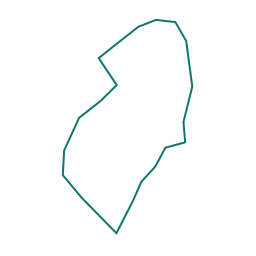 outline of Motides, Cyprus, rotated 80°
{"feature_id": "46923920B57620727838735", "entity_name": "Motides", "entity_type": "district", "adm_level": 2, "iso_a3": "CYP", "parent_name": "Cyprus", "parent_adm1": "", "projection": "albers", "projection_center": [33.21, 35.331], "detail": "fine", "context": "isolated", "style": "outline", "palette": "teal", "viewbox_px": 256, "rotation_deg": 80, "n_neighbors": 0, "source": "geoboundaries", "source_scale": "gbopen_adm2", "svg_char_len": 400}
<svg xmlns="http://www.w3.org/2000/svg" viewBox="0 0 256 256"><g transform="rotate(80 128 128)"><path d="M54.1,144.7L83.7,131.7L96.6,150.3L109.5,174.4L139.1,194.8L163.1,200.4L189.0,185.5L229.6,157.7L200.1,135.4L183.4,124.3L170.5,107.6L153.9,94.6L152.0,74.2L131.7,72.3L98.4,57.5L52.3,55.6L31.9,63.0L26.4,81.6L30.1,100.2L43.0,124.3L54.1,144.7Z" fill="none" stroke="#0f766e" stroke-width="2"/></g></svg>